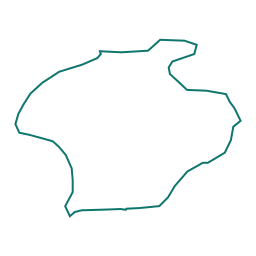 Vårgårda, Västra Götaland, Sweden (Robinson projection)
{"feature_id": "70781695B65797043519152", "entity_name": "Vårgårda", "entity_type": "district", "adm_level": 2, "iso_a3": "SWE", "parent_name": "Sweden", "parent_adm1": "Västra Götaland", "projection": "robinson", "projection_center": [12.81, 58.003], "detail": "fine", "context": "isolated", "style": "outline", "palette": "teal", "viewbox_px": 256, "rotation_deg": 0, "n_neighbors": 0, "source": "geoboundaries", "source_scale": "gbopen_adm2", "svg_char_len": 756}
<svg xmlns="http://www.w3.org/2000/svg" viewBox="0 0 256 256"><path d="M207.8,162.8L224.8,152.7L230.9,140.1L233.3,126.7L240.6,120.8L234.5,108.3L229.6,101.6L226.0,94.1L206.5,90.7L187.0,89.9L180.9,84.1L169.9,74.0L168.7,67.4L172.4,61.5L194.3,54.0L196.7,44.8L194.9,44.2L184.5,40.7L160.2,39.8L148.0,50.7L121.2,52.3L99.9,51.2L100.8,54.0L97.3,58.1L82.3,64.6L59.3,71.7L42.4,82.7L30.4,93.6L23.4,104.6L18.4,113.8L15.4,124.1L19.3,132.7L28.8,134.7L41.8,138.2L52.8,141.3L58.8,146.7L65.8,155.0L71.7,168.4L72.7,180.0L72.7,192.1L65.2,206.2L69.9,216.2L74.8,212.0L81.6,210.3L108.2,209.5L120.6,209.0L125.8,209.8L126.4,208.7L139.0,208.1L159.3,206.1L168.0,197.4L174.7,186.1L183.4,176.1L187.3,171.5L202.8,162.8L207.8,162.8Z" fill="none" stroke="#0f766e" stroke-width="2"/></svg>